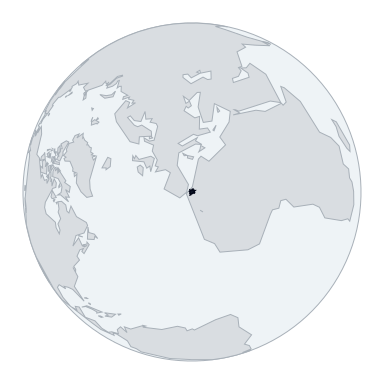 the Earth from above Taza - Al Hoceima - Taounate, rotated 300°
{"feature_id": "MAR-1447", "entity_name": "Taza - Al Hoceima - Taounate", "entity_type": "Region", "adm_level": 1, "iso_a3": "MAR", "parent_name": "Morocco", "parent_adm1": "", "projection": "orthographic", "projection_center": [-4.152, 34.39], "detail": "fine", "context": "on_globe", "style": "filled", "palette": "ink", "viewbox_px": 384, "rotation_deg": 300, "n_neighbors": 0, "source": "natural_earth", "source_scale": "10m", "svg_char_len": 10517}
<svg xmlns="http://www.w3.org/2000/svg" viewBox="0 0 384 384"><g transform="rotate(300 192 192)"><circle cx="192" cy="192" r="169" fill="#eef3f6" stroke="#a8b0b8"/><path d="M57.0,293.5L46.7,275.6L43.2,268.7L36.7,256.0L28.2,228.1L28.5,222.1L27.5,216.4L30.8,210.5L31.3,197.8L30.5,194.1L28.9,196.2L27.4,181.8L28.7,170.7L33.7,133.5L36.3,126.8L39.5,119.9L57.6,90.0L42.2,114.0L46.1,106.8L52.3,97.0L52.6,96.6L61.8,84.5L67.5,77.8L80.7,65.1L95.0,55.8L90.9,58.9L94.8,56.7L100.2,52.8L102.8,50.8L123.6,41.3L142.5,33.1L145.5,31.0L147.2,31.5L151.0,28.3L159.4,26.2L151.7,28.5L152.3,28.7L158.8,27.0L160.8,26.9L165.2,26.2L167.0,26.4L162.4,28.2L163.4,28.5L168.0,27.3L172.8,27.2L165.8,28.8L173.4,28.8L167.0,32.8L147.0,38.8L145.2,42.8L129.2,54.0L132.3,53.7L128.3,58.4L130.4,60.1L126.8,62.1L131.6,61.7L134.5,59.6L137.6,58.8L139.1,59.7L134.8,62.3L133.4,62.2L132.9,63.5L130.1,64.5L132.4,64.5L127.0,67.8L134.5,66.0L132.1,69.9L127.9,71.8L125.5,69.6L109.8,70.1L104.9,72.1L100.2,76.6L97.5,88.8L93.2,92.1L89.4,98.0L93.0,96.8L97.3,91.9L103.2,91.6L107.7,86.1L110.8,85.3L116.6,80.8L118.7,83.7L117.6,89.2L112.9,93.2L112.3,95.9L119.3,94.2L112.9,104.3L112.8,115.7L110.8,118.3L102.5,119.0L96.3,113.3L85.6,115.9L95.6,116.7L90.5,124.0L90.9,126.4L92.9,127.7L96.1,126.1L95.0,129.3L84.7,129.3L85.5,126.3L88.8,126.2L85.8,123.8L78.9,124.5L76.8,128.6L68.5,126.8L66.9,129.9L64.2,131.4L67.2,126.6L61.6,135.5L51.4,137.3L43.5,153.2L48.0,137.4L47.6,132.5L46.4,128.5L45.0,131.0L45.3,123.3L42.2,123.1L36.2,133.0L32.2,144.2L32.3,151.2L34.6,148.1L36.0,151.8L30.2,162.2L31.9,172.4L28.9,182.0L28.7,189.7L30.8,192.4L32.5,199.1L35.5,196.1L39.5,197.5L37.8,206.0L41.4,200.9L42.7,207.5L51.6,216.1L50.5,217.4L57.8,234.6L68.4,246.5L70.9,254.2L69.3,257.1L73.6,260.7L73.7,263.1L93.2,276.3L105.2,286.6L106.1,294.6L98.7,300.1L98.1,315.0L86.5,313.5L87.7,318.4L85.7,321.7L78.2,316.0L84.6,322.0L83.9,321.8L82.0,320.3L73.0,312.0L64.6,303.0L57.0,293.5ZM40.9,157.8L43.1,174.2L39.5,170.0L40.6,169.6L40.6,164.3L39.7,157.2L37.2,154.1L40.9,157.8ZM47.0,153.6L46.4,151.5L47.3,152.9L47.0,153.6ZM103.6,50.1L100.1,52.8L94.4,56.6L97.2,54.2L103.6,50.1ZM114.6,43.9L113.5,44.9L109.3,46.6L111.2,45.5L114.6,43.9ZM147.3,29.8L144.0,30.9L146.5,29.9L147.3,29.8ZM165.5,26.0L165.8,25.8L167.9,25.6L165.5,26.0ZM115.0,79.5L115.7,80.2L114.3,80.7L115.0,79.5ZM116.8,77.1L114.6,77.3L115.1,76.2L116.5,76.1L116.8,77.1ZM172.6,25.8L175.9,25.7L171.8,26.1L172.6,25.8ZM119.4,77.2L116.3,74.2L117.3,72.3L123.3,70.5L119.4,77.2ZM177.4,25.9L185.5,26.0L186.8,25.4L187.6,27.7L180.4,26.6L175.1,27.0L177.9,26.3L177.4,25.9ZM134.8,58.6L131.8,60.9L132.8,58.2L134.8,58.6ZM134.7,57.1L133.6,50.8L138.8,48.1L138.1,50.6L143.7,46.9L146.7,48.6L144.4,51.1L140.4,52.4L144.6,52.1L134.7,57.1ZM186.7,29.2L188.0,29.6L185.8,29.5L186.7,29.2ZM138.9,58.3L138.2,57.1L142.6,54.7L144.8,56.6L142.7,56.8L138.9,58.3ZM143.6,45.1L147.3,43.9L150.8,44.9L152.7,44.6L147.2,48.4L143.6,45.1ZM142.5,57.8L145.8,57.7L145.1,59.8L139.9,59.3L142.5,57.8ZM142.9,53.3L145.1,52.3L144.6,53.5L142.9,53.3ZM144.5,67.4L143.6,65.8L145.8,64.4L144.5,67.4ZM147.1,57.6L147.3,56.9L148.1,56.2L150.1,56.6L147.1,57.6ZM150.1,49.0L150.8,49.8L152.5,47.5L155.2,48.3L151.0,50.9L154.0,50.2L154.8,50.5L150.5,52.2L150.1,49.0ZM154.5,55.1L150.2,59.0L151.4,62.2L149.4,63.5L147.8,58.2L154.5,55.1ZM152.5,53.2L153.3,54.6L150.5,55.4L148.2,54.9L152.5,53.2ZM158.5,48.1L155.4,46.1L156.4,45.6L158.5,48.1ZM155.4,55.8L156.4,54.9L155.8,56.0L155.4,55.8ZM158.2,50.2L157.0,49.5L158.1,49.0L158.2,50.2ZM159.5,53.8L158.1,54.9L156.5,54.6L159.5,53.8ZM159.3,52.0L161.2,51.5L156.8,53.7L158.6,51.8L159.3,52.0ZM159.5,49.9L159.8,49.4L159.8,50.3L159.5,49.9ZM166.3,54.6L161.1,57.5L157.6,56.6L163.1,53.9L166.3,54.6ZM225.1,26.3L223.6,26.2L207.4,25.1L214.5,25.4L214.8,25.9L218.5,26.4L223.4,26.9L222.8,26.6L240.2,31.6L255.6,36.4L250.0,33.7L250.6,33.6L255.9,35.6L266.6,40.4L277.0,46.0L287.0,52.3L296.6,59.3L295.5,58.5L302.8,64.5L303.7,65.2L312.5,73.6L320.7,82.5L328.2,92.0L335.0,102.0L341.1,112.5L346.4,123.4L350.9,134.7L350.5,133.5L352.7,140.2L350.7,135.1L347.1,129.5L349.2,139.2L353.7,162.6L357.3,176.7L357.6,186.3L350.7,173.2L345.2,161.5L344.2,166.0L335.9,160.9L325.8,172.4L323.0,170.0L321.5,174.0L315.4,174.4L310.6,170.2L307.5,173.1L319.9,184.1L323.0,181.0L323.7,172.1L326.7,176.9L332.4,177.8L330.9,197.1L313.8,224.2L309.9,214.3L285.4,192.1L284.9,188.2L284.7,187.8L284.3,187.2L284.3,193.8L279.3,189.1L294.8,206.5L298.4,215.1L313.6,225.1L312.7,227.5L317.0,228.6L327.8,216.1L328.4,219.8L324.6,240.5L307.6,272.5L308.6,284.8L305.3,296.4L291.9,309.0L290.3,316.1L283.0,321.4L280.7,325.5L273.3,331.7L261.9,338.5L245.6,343.2L246.7,340.3L241.9,335.7L236.0,320.0L242.5,310.0L241.9,302.8L229.9,287.7L232.7,277.0L228.9,273.2L221.4,275.3L216.8,270.6L212.0,271.0L180.8,276.4L169.9,269.3L153.9,246.3L158.6,237.4L157.2,226.4L187.7,187.9L196.8,189.7L223.7,181.1L227.5,181.9L227.1,191.3L249.6,197.5L253.5,188.6L271.1,189.1L281.0,184.8L279.7,167.2L263.4,173.8L257.9,167.0L268.7,154.8L282.5,149.4L280.8,146.7L269.8,143.8L270.6,136.7L265.7,142.4L269.4,144.4L266.4,148.3L262.8,146.7L263.3,144.1L258.4,144.5L257.6,157.4L261.3,160.8L250.1,166.9L255.2,173.4L253.0,177.9L243.5,168.7L242.7,164.4L227.1,155.7L227.0,160.6L241.7,169.4L238.1,169.4L238.1,176.8L235.3,171.1L219.3,161.0L207.6,165.9L196.7,185.2L189.1,187.4L180.8,184.4L180.7,166.3L197.9,163.6L198.1,157.9L191.1,150.3L196.9,150.3L196.2,147.1L202.4,145.9L207.6,137.1L213.4,135.3L212.2,125.5L214.9,123.4L214.8,129.7L217.9,133.3L231.7,129.4L233.4,126.7L231.5,120.8L235.6,120.8L232.0,115.6L238.3,111.1L227.5,112.5L225.0,106.3L227.1,100.5L224.3,98.9L221.0,108.6L221.4,112.3L224.8,115.0L224.3,126.3L220.2,129.1L213.5,118.8L207.0,122.0L204.6,113.2L215.1,91.4L221.1,86.0L238.0,89.0L238.5,93.2L232.6,94.1L241.0,98.5L238.9,95.6L242.3,95.8L240.7,90.5L243.0,90.4L237.6,85.7L240.2,85.0L243.6,88.0L243.6,80.3L248.2,77.9L247.1,76.3L244.6,75.2L252.2,73.3L251.0,72.2L248.1,72.3L243.9,70.3L239.4,66.3L242.3,65.8L244.3,67.2L252.8,69.8L257.7,74.0L258.4,73.4L254.8,69.7L244.4,66.5L240.9,64.3L245.8,65.1L243.8,64.6L242.9,63.4L244.8,61.9L239.4,60.7L226.1,49.3L228.4,45.7L234.2,47.5L228.0,40.5L231.0,38.0L228.3,38.0L223.5,35.3L222.5,36.0L220.8,35.8L208.1,30.3L207.3,29.1L198.7,27.6L197.3,27.8L197.4,28.6L187.6,27.7L186.8,25.4L190.0,25.1L187.4,24.3L195.0,24.0L200.2,23.7L210.1,24.6L213.3,24.7L211.8,24.4L215.1,24.6L225.1,26.3ZM180.3,208.1L180.2,211.5L180.3,208.1ZM299.4,152.1L306.2,147.9L299.2,140.0L301.3,137.9L298.1,136.1L298.7,139.5L290.5,134.3L292.0,129.4L289.1,125.6L286.7,126.9L285.3,137.0L297.0,144.1L297.2,149.3L299.4,152.1ZM52.0,216.3L52.8,219.0L51.2,217.6L52.0,216.3ZM37.9,172.7L38.9,174.8L39.0,177.2L38.0,176.1L37.9,172.7ZM49.3,188.9L51.0,191.7L48.7,190.2L49.3,188.9ZM43.7,176.6L47.9,186.9L43.5,185.0L41.0,178.6L43.4,181.0L43.7,176.6ZM44.1,157.6L44.5,159.4L43.6,160.6L44.1,157.6ZM47.6,154.8L47.3,154.4L47.6,152.6L47.6,154.8ZM91.1,124.0L91.9,124.1L93.4,125.9L91.6,126.2L91.1,124.0ZM106.7,128.5L104.6,133.6L104.9,130.0L101.9,131.0L98.9,125.0L109.7,119.4L105.3,122.9L106.7,128.5ZM97.8,115.9L98.5,120.0L97.3,115.8L97.8,115.9ZM186.2,132.1L189.4,133.7L188.7,137.6L181.4,141.1L182.4,135.4L186.2,132.1ZM194.1,135.3L189.4,124.8L193.8,122.6L192.1,125.5L195.5,125.1L193.7,129.8L202.4,138.5L202.3,142.6L188.9,146.1L193.4,142.5L190.0,140.9L194.1,135.3ZM169.9,105.6L167.9,102.0L179.9,101.7L180.3,105.1L173.1,108.5L168.3,106.4L169.9,105.6ZM130.7,75.1L129.2,74.5L130.4,73.7L132.6,73.5L130.7,75.1ZM143.9,66.8L138.6,77.2L136.6,76.9L135.9,83.8L130.3,85.9L130.9,81.3L126.1,88.4L124.5,85.0L121.8,90.0L123.8,79.5L122.1,77.1L126.1,78.9L131.3,76.9L133.0,75.3L136.7,69.3L135.6,63.7L140.6,61.2L144.4,61.0L145.4,62.0L141.8,63.2L145.7,63.6L141.4,66.2L143.9,66.8ZM185.9,65.3L181.3,65.3L188.4,68.5L184.1,70.3L185.2,70.5L183.2,73.2L182.6,77.0L180.2,77.4L181.0,78.7L179.7,80.7L180.0,82.7L175.9,84.3L175.9,87.0L173.9,86.3L175.1,90.6L172.4,88.1L170.4,90.7L174.1,91.7L151.1,97.4L143.6,102.3L138.7,108.0L134.7,103.6L136.7,95.7L142.0,87.3L149.8,83.5L146.6,82.4L149.4,80.4L150.7,82.1L150.3,78.3L152.9,77.1L157.6,70.9L155.3,66.6L157.0,64.4L159.2,65.5L159.3,62.6L164.7,63.3L166.0,61.9L172.6,61.3L176.1,64.6L177.3,62.7L182.4,62.5L185.9,65.3ZM168.2,54.6L173.5,57.6L173.7,60.3L162.1,60.2L160.2,61.5L152.8,62.0L152.6,58.3L154.7,58.4L156.8,57.7L156.0,59.1L158.1,57.5L161.2,57.8L163.6,56.6L164.7,57.9L168.2,54.6ZM230.2,177.8L232.9,177.6L236.7,176.3L236.7,181.1L230.2,177.8ZM219.2,171.0L221.4,170.0L223.3,175.8L220.5,176.1L219.2,171.0ZM220.9,164.7L221.3,169.5L219.5,167.1L220.9,164.7ZM216.7,128.5L218.8,127.3L219.6,128.5L219.2,130.9L216.7,128.5ZM206.0,76.5L203.4,75.8L203.6,74.9L199.6,71.4L202.5,70.0L206.0,71.6L206.0,76.5ZM277.9,171.2L276.0,175.5L274.0,174.7L275.1,173.3L277.9,171.2ZM256.1,179.1L261.9,179.5L256.0,180.5L256.1,179.1ZM208.5,74.4L206.5,73.1L209.2,73.3L208.5,74.4ZM204.4,68.9L207.3,68.7L202.4,69.5L204.4,68.9ZM324.9,281.9L311.5,305.0L306.1,308.6L307.3,304.2L313.7,291.5L320.6,284.2L324.6,276.8L324.9,281.9ZM357.7,177.6L359.4,183.2L359.3,186.6L357.7,177.6ZM230.3,63.5L232.6,69.6L236.1,73.8L241.1,75.3L235.0,76.0L229.6,69.6L230.3,63.5ZM226.4,51.0L222.0,50.0L223.2,49.0L224.3,49.1L226.4,51.0ZM224.2,51.4L220.2,53.1L217.3,51.7L221.0,50.6L224.2,51.4ZM214.6,63.1L215.0,64.9L212.8,64.7L214.6,63.1ZM252.3,34.2L248.7,33.0L245.9,32.2L248.1,32.6L252.3,34.2ZM189.3,29.2L188.1,29.6L188.0,29.1L189.3,29.2ZM220.4,36.3L218.1,36.0L218.0,35.2L220.4,36.3ZM211.7,34.9L213.4,36.0L210.5,35.0L211.7,34.9ZM217.4,38.6L213.5,36.5L219.0,38.3L217.4,38.6Z" fill="#d9dde1" stroke="#a8b0b8" stroke-width="1"/><path d="M191.2,189.7L191.5,189.8L191.6,189.7L192.1,189.6L192.3,189.5L192.5,189.5L192.6,189.4L192.6,189.5L192.8,189.6L192.8,189.8L192.8,190.4L192.9,190.5L193.0,190.6L193.3,190.7L193.3,190.8L193.3,191.0L193.3,191.3L193.5,191.4L193.9,191.1L194.0,191.0L194.0,190.9L194.3,190.8L194.8,191.1L194.9,191.3L194.7,191.3L194.6,191.6L194.6,191.8L194.4,191.9L194.3,192.0L194.5,192.4L194.6,192.5L194.6,192.9L194.5,193.0L194.3,193.1L194.3,193.3L194.6,193.8L194.0,193.6L193.9,193.6L193.7,193.4L193.5,193.5L193.4,193.6L193.1,193.9L193.1,194.0L192.9,194.2L192.8,194.3L192.7,194.6L192.4,194.5L192.2,194.5L192.2,194.4L192.2,194.1L192.1,193.8L192.0,193.7L191.9,193.5L191.9,193.4L191.7,193.4L191.5,193.5L191.3,193.4L191.2,193.4L191.0,193.2L190.9,193.0L190.6,192.9L190.5,192.7L190.4,192.6L190.2,192.5L190.2,192.4L189.8,192.3L189.7,192.3L189.6,192.2L189.2,192.3L188.9,192.3L188.8,192.1L188.7,192.0L188.8,192.0L189.1,191.8L189.2,191.7L189.3,191.6L189.5,191.4L189.5,191.1L189.6,190.9L189.8,190.8L190.0,190.8L190.1,190.7L190.4,190.7L190.5,190.6L190.7,190.4L190.8,190.4L191.0,190.3L191.1,190.2L191.2,189.9L191.2,189.7L191.2,189.7Z" fill="#0f172a" stroke="#020617" stroke-width="1.5"/></g></svg>